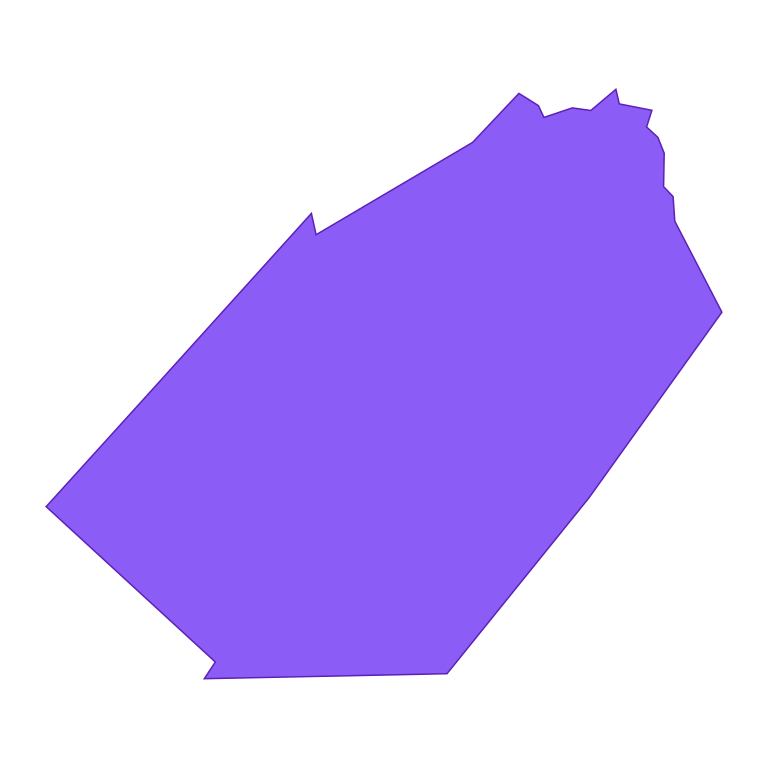 Fayette, Texas, United States of America
{"feature_id": "52423323B10356189909314", "entity_name": "Fayette", "entity_type": "district", "adm_level": 2, "iso_a3": "USA", "parent_name": "United States of America", "parent_adm1": "Texas", "projection": "natural_earth1", "projection_center": [-96.849, 29.896], "detail": "fine", "context": "isolated", "style": "filled", "palette": "violet", "viewbox_px": 768, "rotation_deg": 0, "n_neighbors": 0, "source": "geoboundaries", "source_scale": "gbopen_adm2", "svg_char_len": 439}
<svg xmlns="http://www.w3.org/2000/svg" viewBox="0 0 768 768"><path d="M48.0,504.6L46.1,506.6L215.3,662.0L204.3,678.7L447.0,673.7L589.0,497.8L721.9,312.2L674.8,221.2L673.1,196.6L663.6,186.7L664.2,153.2L657.9,137.4L646.6,127.0L651.9,110.3L619.3,103.9L615.9,89.3L590.8,110.5L572.3,107.9L543.9,117.4L538.4,105.6L518.9,93.4L472.6,142.4L316.1,234.7L311.4,213.4L157.9,383.4L48.0,504.6Z" fill="#8b5cf6" stroke="#5b21b6" stroke-width="1.5"/></svg>